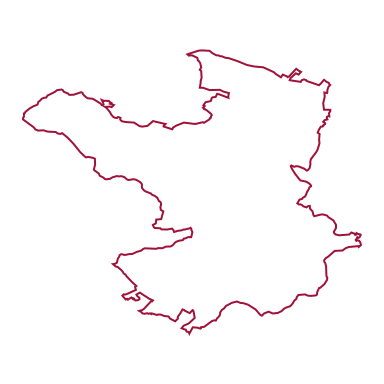 outline of Romanasi, Salaj, Romania
{"feature_id": "2599482B65987925441026", "entity_name": "Romanasi", "entity_type": "district", "adm_level": 2, "iso_a3": "ROU", "parent_name": "Romania", "parent_adm1": "Salaj", "projection": "natural_earth1", "projection_center": [23.168, 47.11], "detail": "fine", "context": "isolated", "style": "outline", "palette": "rose", "viewbox_px": 384, "rotation_deg": 0, "n_neighbors": 0, "source": "geoboundaries", "source_scale": "gbopen_adm2", "svg_char_len": 5978}
<svg xmlns="http://www.w3.org/2000/svg" viewBox="0 0 384 384"><path d="M324.4,284.1L327.1,279.8L327.3,277.6L326.5,276.4L326.4,275.2L326.1,266.3L325.3,263.2L324.3,261.8L324.1,260.4L325.7,258.2L328.5,256.4L334.7,250.9L342.5,250.5L345.8,248.1L349.0,247.0L358.2,246.1L358.7,247.0L361.0,245.0L360.2,242.3L359.2,240.8L357.0,240.3L356.4,240.8L355.9,240.5L355.8,239.7L356.4,239.3L357.4,237.2L358.2,238.0L359.5,237.2L360.7,235.0L360.6,234.5L357.9,233.9L356.6,233.1L356.1,234.7L355.2,234.9L354.8,234.6L354.7,233.7L351.3,232.5L349.3,234.5L339.3,235.3L335.4,234.4L334.1,233.0L333.8,231.9L336.0,228.0L336.0,224.8L333.4,220.4L328.4,217.2L327.1,215.6L323.8,214.6L321.7,214.4L314.2,216.2L313.3,214.8L313.0,212.8L312.2,211.0L310.0,208.6L309.8,205.9L307.7,206.3L306.5,207.4L303.5,206.4L301.6,204.8L300.2,204.3L299.0,204.5L297.3,203.3L299.5,199.6L302.1,198.9L303.0,197.6L304.7,196.8L305.7,195.5L307.3,191.3L308.1,190.4L309.5,187.3L311.0,186.3L311.1,185.6L309.4,183.6L306.3,181.7L300.3,180.4L295.3,174.1L292.0,168.9L290.7,166.1L291.3,165.5L294.2,166.8L296.1,166.2L298.5,166.4L304.5,168.8L306.7,170.6L307.8,170.2L309.6,168.0L310.5,163.9L310.2,162.5L310.8,159.3L316.5,151.7L317.6,149.6L319.5,143.2L319.1,139.6L319.6,134.0L317.7,132.7L318.9,129.7L320.8,126.7L322.7,126.5L323.0,125.5L323.8,125.3L324.0,124.7L325.1,124.0L325.2,123.3L323.2,121.8L324.7,120.1L327.4,119.4L326.8,118.0L326.9,116.9L328.3,116.1L329.3,116.4L329.0,113.1L330.4,110.9L330.3,109.8L324.0,109.7L323.2,103.2L324.7,96.8L324.4,92.5L327.1,93.0L327.4,91.8L327.3,90.2L328.4,86.9L330.2,85.0L329.4,84.4L328.7,82.8L326.6,81.9L324.0,79.8L320.8,83.6L319.0,85.2L306.7,81.0L306.1,80.1L304.0,79.4L301.7,80.2L300.8,81.9L290.3,80.3L289.7,80.1L290.5,78.2L295.8,73.3L298.6,74.6L301.0,71.9L298.7,70.7L296.2,68.8L289.0,76.5L287.6,77.1L287.4,76.6L282.8,74.6L280.9,77.3L275.4,73.7L273.7,72.1L263.2,67.3L254.3,66.5L247.0,65.0L237.7,61.2L228.9,58.2L225.2,57.7L222.0,56.3L219.9,56.2L218.6,55.4L216.3,55.3L212.6,53.3L209.5,50.8L201.6,50.4L198.4,50.7L187.4,54.3L188.8,55.6L192.0,55.3L197.1,57.7L197.6,58.5L197.8,60.4L198.8,61.0L200.3,63.3L201.2,67.5L199.8,69.8L201.2,70.9L201.6,77.8L200.6,81.2L200.7,82.5L199.8,87.7L203.0,87.8L209.7,90.1L219.9,89.8L223.2,91.5L228.9,93.1L228.2,96.9L228.4,97.8L219.1,94.3L217.1,93.9L215.7,96.9L212.4,97.4L211.6,98.2L211.1,100.5L210.6,101.1L205.6,102.2L203.4,105.3L204.7,106.0L203.0,107.7L204.4,108.6L204.2,109.1L206.5,110.1L211.0,113.8L211.8,115.1L210.9,116.6L210.9,117.7L209.8,118.2L209.5,119.3L204.0,122.8L202.8,122.2L195.2,124.0L183.9,122.6L176.5,125.5L173.1,127.5L172.3,129.3L163.6,126.5L163.6,125.9L165.5,124.0L153.0,121.1L147.5,125.9L142.3,126.6L139.5,126.1L134.1,122.6L125.5,122.0L121.7,121.2L120.2,119.6L120.5,117.9L118.8,117.2L117.9,117.0L117.0,118.0L115.0,117.8L113.2,116.9L111.3,114.6L109.8,111.9L106.3,107.7L105.1,106.9L110.2,106.6L111.6,107.2L113.8,105.0L110.2,103.8L111.4,103.0L109.4,101.7L109.1,101.1L105.6,100.7L104.2,101.0L101.8,100.0L103.0,102.4L103.6,104.7L102.6,105.4L101.7,105.0L100.5,103.5L93.5,99.2L92.3,98.7L87.9,98.3L86.5,97.6L84.0,95.4L82.9,94.0L82.5,92.9L81.2,92.2L73.7,94.7L69.9,94.9L69.1,94.7L68.3,93.7L63.6,91.7L63.1,90.4L61.5,89.5L57.0,90.2L54.7,92.0L47.6,95.5L46.1,97.6L44.1,97.8L41.8,98.7L40.4,100.3L38.4,101.9L37.4,104.7L33.3,106.3L29.3,108.7L25.3,112.0L24.8,113.2L24.0,113.4L23.9,116.7L23.1,117.8L23.0,119.4L34.0,127.5L35.3,129.4L38.1,130.6L43.5,130.3L47.6,131.6L55.7,132.0L57.7,133.4L60.4,134.0L62.1,133.1L67.8,137.8L73.5,143.8L80.1,152.0L85.1,156.8L86.1,157.4L88.1,156.9L92.8,157.8L94.9,158.7L95.1,164.5L93.9,169.5L94.2,170.2L98.9,173.6L99.7,175.7L103.2,177.5L104.9,179.0L106.1,179.3L109.9,178.9L112.5,177.3L117.1,176.0L118.2,176.4L121.3,176.2L124.2,177.0L126.9,179.4L128.5,180.0L133.6,179.2L136.0,179.7L140.5,182.3L141.7,183.8L142.0,184.8L141.8,186.6L142.2,188.3L143.7,190.1L145.3,191.3L151.1,193.6L151.9,194.7L154.4,195.7L157.2,197.6L158.9,201.0L160.4,202.0L160.9,202.8L161.1,204.6L160.4,207.1L160.8,209.9L163.3,211.4L161.2,219.1L156.2,219.6L155.8,223.4L152.9,224.9L153.8,227.2L154.9,228.0L160.4,228.3L161.4,229.4L167.4,229.5L172.1,228.6L173.5,230.2L174.1,232.0L177.9,230.8L181.3,230.4L183.5,229.5L184.8,229.5L189.8,228.3L190.6,227.8L191.4,229.0L191.4,230.1L192.4,232.0L191.2,237.2L188.1,237.1L185.4,238.4L183.7,238.6L183.2,239.8L182.3,240.3L179.4,240.6L176.3,241.7L174.9,242.7L172.7,245.3L170.5,246.5L166.0,246.6L162.3,248.2L158.0,248.1L156.3,248.8L144.7,248.3L143.0,249.1L141.0,250.7L136.7,251.9L132.2,254.0L129.1,254.1L124.9,255.0L121.5,254.2L120.7,254.4L119.6,255.2L119.2,256.7L118.0,258.4L116.8,262.8L114.9,263.8L113.0,264.1L115.6,266.4L117.7,267.0L121.2,270.0L122.7,271.6L123.6,273.4L125.7,274.8L126.4,276.1L132.1,282.1L136.4,286.0L135.1,286.9L135.9,289.9L126.3,294.3L124.6,294.6L123.7,294.3L122.4,295.7L125.7,299.5L127.1,298.8L127.9,299.7L131.3,297.5L132.9,299.0L133.1,298.2L133.9,298.5L135.4,300.5L138.1,300.1L139.5,299.2L139.3,297.7L137.3,296.1L136.4,294.6L139.8,292.6L149.0,298.6L152.9,300.4L152.0,301.4L151.2,301.2L143.9,308.9L142.3,310.0L139.2,310.9L141.5,312.2L142.4,313.4L144.8,313.8L147.2,313.2L148.6,313.8L150.0,313.3L151.3,314.1L151.8,313.4L156.9,315.0L158.0,314.5L160.8,314.6L164.2,316.0L168.6,316.5L169.9,318.5L175.2,321.3L177.9,318.6L177.7,317.6L178.0,316.5L180.2,313.5L182.5,309.4L184.4,310.1L184.6,310.6L189.7,313.1L192.6,310.1L193.2,310.5L193.7,312.2L194.7,317.9L189.0,323.3L183.7,325.7L181.6,328.2L184.1,329.3L185.8,329.6L186.6,331.6L188.9,332.1L189.4,333.6L192.8,327.3L197.6,327.7L200.3,328.6L200.9,328.3L200.9,327.3L204.2,326.8L211.9,321.1L214.1,320.3L215.8,320.6L217.0,318.5L219.3,316.1L220.0,314.5L220.2,312.4L221.9,309.9L224.2,308.3L225.9,306.0L231.9,302.8L236.9,301.5L240.5,302.9L243.4,303.2L247.9,304.6L255.5,309.4L260.2,314.8L261.9,315.7L264.2,313.4L268.6,311.7L272.9,313.5L277.9,312.9L281.6,311.1L283.7,309.0L285.6,307.8L290.4,306.1L292.8,303.3L294.1,300.9L296.4,298.8L296.7,297.2L298.4,295.0L305.0,294.4L307.6,295.6L310.9,295.9L315.9,295.4L316.8,294.8L317.4,291.6L319.1,288.0L320.2,287.8L324.4,284.1Z" fill="none" stroke="#9f1239" stroke-width="2"/></svg>